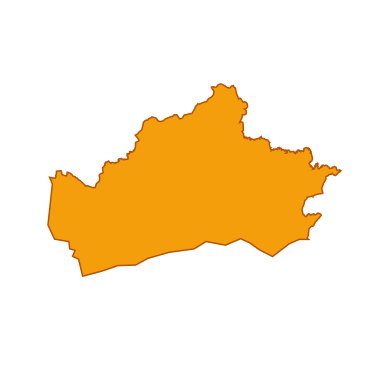 the district of Ahafo Ano South East, Ashanti, Ghana, rotated 248°
{"feature_id": "2480657B91945870955547", "entity_name": "Ahafo Ano South East", "entity_type": "district", "adm_level": 2, "iso_a3": "GHA", "parent_name": "Ghana", "parent_adm1": "Ashanti", "projection": "mercator", "projection_center": [-1.89, 6.904], "detail": "fine", "context": "isolated", "style": "filled", "palette": "amber", "viewbox_px": 384, "rotation_deg": 248, "n_neighbors": 0, "source": "geoboundaries", "source_scale": "gbopen_adm2", "svg_char_len": 6119}
<svg xmlns="http://www.w3.org/2000/svg" viewBox="0 0 384 384"><g transform="rotate(248 192 192)"><path d="M154.9,59.1L152.4,79.3L151.6,95.5L145.4,112.4L147.0,126.4L144.7,148.0L138.5,172.6L140.8,186.5L130.2,203.1L130.5,219.6L123.2,226.5L113.3,232.7L102.0,242.5L107.6,262.8L107.9,273.7L104.4,282.3L105.5,281.7L106.4,281.9L108.7,283.9L112.4,285.7L114.0,286.8L115.5,289.6L115.0,291.8L115.5,292.6L116.5,293.2L117.1,294.3L117.9,294.8L118.4,296.5L120.0,299.0L120.1,299.9L121.9,303.0L123.2,303.1L125.1,301.2L124.8,300.5L125.2,300.3L124.6,298.0L125.1,296.9L125.8,297.0L126.0,296.6L125.7,296.5L125.7,296.0L126.2,295.7L126.1,294.9L126.5,294.3L126.1,293.8L126.4,293.1L128.1,292.3L128.2,291.9L127.6,291.6L127.7,290.4L127.0,290.2L126.8,288.9L126.4,288.6L127.0,287.8L129.1,287.2L129.5,286.6L134.2,287.3L136.1,288.6L138.7,291.3L141.6,293.2L142.8,296.0L144.0,296.8L143.1,301.6L142.3,302.2L143.0,302.4L143.2,305.0L142.7,308.9L141.8,312.2L142.0,312.9L146.8,313.6L148.7,315.5L150.8,317.2L153.4,320.6L154.4,321.3L155.8,321.6L156.3,322.8L156.1,323.5L156.2,324.6L156.7,325.3L156.7,326.4L156.3,327.5L156.6,329.0L154.2,330.2L153.5,331.4L155.0,334.6L155.4,337.2L155.8,337.9L156.1,337.4L156.8,337.4L156.8,336.7L157.3,336.6L157.3,335.7L158.3,334.4L160.9,334.8L162.1,333.7L162.4,331.7L162.3,331.2L161.7,331.2L162.0,328.9L162.5,328.1L163.7,328.3L164.5,327.5L165.3,327.5L166.7,326.2L166.7,324.9L167.0,324.2L167.7,323.8L168.0,322.8L167.2,322.4L167.6,321.8L167.4,321.5L166.9,321.8L166.4,321.6L166.4,320.9L166.9,320.5L165.9,318.9L166.2,317.9L168.3,317.9L168.6,318.6L169.3,318.2L170.6,319.3L171.4,319.3L171.0,318.8L171.7,318.1L171.4,316.9L169.6,316.4L169.6,316.1L170.2,316.2L170.3,315.9L169.7,315.8L169.5,315.4L168.7,315.3L167.6,313.8L167.8,313.2L168.1,313.6L168.8,313.4L168.5,312.6L169.1,313.0L170.2,312.8L170.5,312.5L171.3,312.4L171.0,311.6L171.1,311.3L171.4,311.3L171.8,311.9L174.3,311.2L174.8,311.3L174.8,311.9L175.8,312.7L175.4,313.1L175.8,313.4L175.9,314.7L177.8,316.3L178.3,316.1L179.4,316.7L180.2,316.5L182.0,317.0L182.8,316.9L183.6,316.3L183.8,316.7L183.3,317.0L183.8,317.3L184.5,317.0L184.9,317.5L185.4,317.2L186.9,317.7L186.5,317.3L186.6,316.9L188.0,317.0L187.8,316.4L188.4,316.6L188.7,316.0L188.9,316.5L189.2,316.4L189.4,316.1L189.1,315.5L190.3,314.8L190.5,312.4L189.8,312.2L189.8,311.7L188.2,311.0L188.0,310.5L188.7,310.5L188.6,309.5L189.2,308.6L188.7,308.1L188.7,307.7L190.2,307.3L189.9,306.6L191.1,306.2L190.7,305.6L191.0,305.3L190.5,304.5L189.8,304.4L190.4,303.9L190.1,303.1L189.3,303.0L188.9,302.6L189.4,302.5L189.4,301.9L190.0,301.5L190.1,301.8L190.8,301.7L191.8,301.0L192.2,298.3L192.6,297.9L193.7,298.0L193.8,297.8L194.5,297.5L194.9,296.0L194.4,295.4L193.2,295.5L192.6,294.5L192.9,293.7L193.0,294.1L193.9,294.4L194.0,294.8L194.8,295.0L194.8,295.3L195.6,295.0L196.0,294.3L195.6,293.6L195.9,293.4L195.7,293.1L197.1,292.5L197.3,290.7L198.4,291.2L198.8,291.1L199.3,290.8L199.1,289.3L199.3,289.0L199.9,289.1L200.0,289.7L200.5,289.8L200.8,288.3L199.2,287.9L199.6,287.8L199.5,287.0L200.4,286.6L200.7,285.2L200.3,283.4L201.1,283.6L200.7,281.2L201.1,281.6L202.2,280.9L203.1,281.2L203.3,281.6L203.6,280.9L204.8,281.3L206.2,281.3L207.8,281.7L208.8,282.7L209.5,282.1L210.2,282.2L211.4,281.5L211.8,281.7L213.5,279.3L214.5,279.0L215.2,277.6L215.9,276.8L217.5,276.9L216.9,275.0L216.7,275.3L215.8,274.8L216.9,273.4L217.1,272.5L216.8,271.9L217.2,271.3L217.0,270.9L217.2,270.4L216.8,270.3L216.9,269.1L217.4,269.1L218.2,268.1L218.4,267.2L218.7,267.2L218.3,266.1L218.7,266.1L219.0,265.3L219.6,265.5L219.8,266.3L221.1,265.7L221.3,264.6L220.7,263.2L221.3,262.7L222.3,263.0L222.4,261.1L223.5,261.6L223.6,260.7L226.8,261.6L229.5,261.1L229.7,262.5L230.1,262.8L236.4,265.0L237.5,265.1L238.7,263.8L238.7,262.2L242.0,266.1L244.9,267.8L243.9,269.4L244.0,271.0L244.5,271.7L246.9,272.8L248.5,272.4L249.3,271.8L249.0,273.2L250.2,275.4L251.7,276.0L253.5,276.2L254.9,275.7L255.9,274.8L255.9,273.3L256.2,273.0L260.4,272.2L261.0,271.6L260.8,270.1L267.7,270.2L272.1,271.2L273.4,270.3L275.2,270.2L275.4,268.3L274.3,266.3L274.4,265.7L275.5,264.0L276.2,263.3L278.3,262.2L281.1,259.6L281.6,258.6L281.5,256.3L280.0,253.5L281.9,250.4L282.0,249.3L280.7,249.5L280.0,249.2L279.1,249.8L276.3,250.0L275.7,249.1L274.1,248.3L273.7,247.6L272.8,245.7L272.4,242.4L270.2,239.3L270.8,237.4L270.8,231.5L271.6,230.5L270.4,228.5L270.1,227.3L268.2,225.7L264.9,221.5L266.3,213.7L264.0,210.3L264.2,208.3L265.7,207.6L269.0,207.0L269.7,206.3L269.5,205.7L270.3,204.5L269.2,201.9L269.8,201.2L269.8,199.0L269.7,195.1L268.8,191.6L269.1,189.1L270.9,187.0L272.9,186.7L274.1,186.2L276.6,183.1L276.2,181.7L276.2,179.2L275.2,177.6L275.8,176.7L275.6,174.7L275.0,174.3L274.9,173.0L272.4,171.7L268.5,168.7L267.2,164.6L266.3,163.6L265.9,160.7L260.9,162.2L259.9,162.2L259.4,161.9L259.0,158.2L254.9,156.4L252.1,154.1L252.6,153.4L251.7,152.7L251.4,151.6L251.9,150.4L252.2,150.6L252.9,149.6L252.4,149.0L251.6,149.1L250.9,148.2L251.6,147.2L251.5,146.3L251.1,146.3L251.3,146.0L250.0,146.0L250.0,145.6L249.8,145.7L249.5,145.4L248.1,145.8L247.5,145.2L246.6,145.0L246.7,143.4L247.2,143.0L247.2,142.1L247.8,141.6L247.4,141.0L247.8,140.8L247.8,140.2L248.2,140.2L248.8,139.3L249.4,139.3L249.7,138.8L249.5,138.3L250.1,136.7L249.8,136.0L249.4,136.1L248.9,135.5L248.2,136.2L247.7,135.5L247.4,133.4L247.7,133.1L247.5,132.7L248.0,132.0L247.5,131.4L249.2,129.5L249.5,128.2L249.1,128.3L248.9,127.5L250.5,126.6L251.7,126.4L252.1,126.0L251.6,125.0L252.0,123.1L251.5,123.1L251.1,122.7L251.2,122.1L250.9,122.2L250.0,121.4L249.6,121.5L249.1,120.9L248.1,118.3L246.3,117.6L243.9,117.2L243.2,116.8L242.9,115.6L243.3,114.8L242.6,112.6L241.9,112.0L239.2,111.7L237.9,110.7L237.1,110.5L236.5,109.9L236.5,109.0L236.1,108.8L235.7,106.8L235.3,106.2L232.3,103.9L233.6,101.1L237.0,97.5L237.1,96.2L237.6,95.3L238.4,95.3L244.3,92.7L246.3,91.1L247.9,90.8L248.9,89.4L250.0,89.3L251.1,87.7L253.2,87.2L255.4,85.8L256.0,84.6L256.4,84.6L257.1,83.7L254.0,81.9L254.1,81.2L256.4,78.4L257.6,77.9L258.8,78.5L260.8,78.6L262.0,74.1L259.5,72.9L258.4,71.9L257.1,71.5L256.6,71.1L256.2,69.8L259.0,65.5L251.8,65.6L215.4,46.1L199.8,46.9L192.1,59.3L185.2,57.3L181.7,61.7L177.1,57.2L172.3,61.7L154.9,59.1Z" fill="#f59e0b" stroke="#b45309" stroke-width="1.5"/></g></svg>